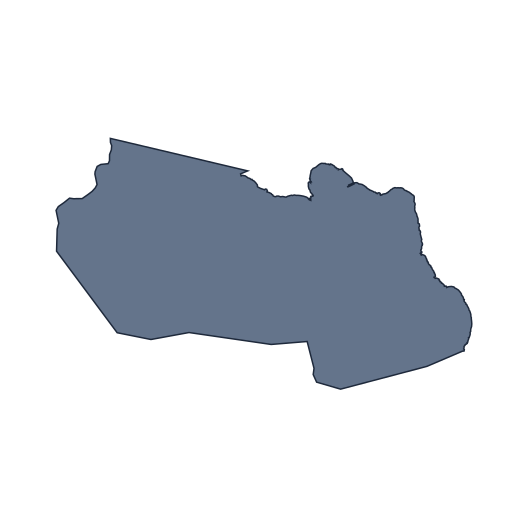 Ordome, Palau (Albers equal-area conic projection), rotated 254°
{"feature_id": "81905179B69517244030983", "entity_name": "Ordome", "entity_type": "district", "adm_level": 2, "iso_a3": "PLW", "parent_name": "Palau", "parent_adm1": "", "projection": "albers", "projection_center": [134.556, 7.371], "detail": "fine", "context": "isolated", "style": "filled", "palette": "slate", "viewbox_px": 512, "rotation_deg": 254, "n_neighbors": 0, "source": "geoboundaries", "source_scale": "gbopen_adm2", "svg_char_len": 6138}
<svg xmlns="http://www.w3.org/2000/svg" viewBox="0 0 512 512"><g transform="rotate(254 256 256)"><path d="M107.3,429.8L108.7,430.5L109.5,430.0L110.1,430.5L110.7,430.8L111.7,431.0L112.1,431.7L112.4,431.8L112.7,432.5L113.1,432.6L113.4,433.4L113.3,433.8L113.8,435.0L114.7,435.0L114.8,435.8L116.3,436.5L117.7,437.6L118.9,437.8L118.8,438.4L121.0,439.9L122.0,440.4L123.2,440.7L123.6,440.7L124.2,441.5L126.6,442.3L128.8,443.8L131.2,444.7L134.0,445.3L136.5,445.7L137.4,446.0L138.6,445.9L140.6,446.4L142.2,446.4L144.3,446.3L145.1,445.9L146.6,446.0L148.0,445.8L149.4,445.4L151.2,445.2L151.8,444.5L152.2,444.7L153.1,444.6L153.9,444.1L154.8,443.7L155.3,443.6L156.6,444.2L156.9,443.6L157.6,443.8L159.7,443.7L160.9,443.2L161.8,442.8L162.7,443.0L163.9,442.7L165.0,442.3L167.5,441.2L169.8,439.1L170.0,438.6L171.7,437.7L172.9,435.4L173.4,432.7L173.2,430.8L173.8,431.0L174.1,430.7L174.7,430.4L174.7,429.5L175.1,429.3L175.1,428.8L175.8,428.9L176.7,428.6L178.4,427.5L178.7,426.9L179.0,427.1L180.5,426.3L180.5,425.9L181.5,425.6L181.9,425.8L182.4,425.7L182.6,425.3L183.5,425.4L184.5,424.1L185.0,423.5L185.1,422.1L185.4,422.0L185.7,421.9L186.1,421.5L186.3,421.2L186.6,421.3L186.5,422.2L186.9,422.8L187.4,423.0L187.9,422.9L188.5,423.1L189.3,423.1L190.0,422.7L190.8,422.9L191.4,422.5L192.3,422.7L193.3,422.2L194.5,421.9L195.3,421.7L196.5,421.7L197.0,421.2L197.5,421.0L197.7,421.3L198.3,421.3L199.0,420.7L199.5,420.6L199.9,420.1L200.2,420.1L200.8,419.7L201.6,419.6L201.9,419.8L202.3,419.7L202.9,419.7L203.1,419.4L203.3,419.1L203.5,419.1L203.6,419.3L203.9,419.2L204.8,419.3L205.4,418.9L205.8,419.2L206.1,419.2L206.3,419.1L206.9,419.0L207.6,418.8L208.4,418.9L208.8,418.7L209.6,418.5L210.3,417.9L211.4,416.5L211.5,415.9L211.4,415.5L211.3,415.1L212.0,415.0L212.4,415.4L212.8,415.4L212.9,414.8L213.3,414.6L213.8,415.9L213.6,416.3L214.1,416.6L214.4,416.4L214.3,415.8L214.9,416.1L215.6,416.0L216.0,415.9L216.3,416.0L216.5,416.5L217.0,416.7L217.3,417.1L218.2,417.5L218.6,417.5L219.7,417.9L220.4,418.8L221.2,418.9L221.5,419.4L223.1,419.3L224.2,419.0L225.4,419.3L226.2,419.9L228.5,419.9L232.0,420.0L233.7,420.8L235.3,420.6L235.7,420.0L237.3,420.3L238.5,420.4L238.9,420.6L239.3,421.3L240.2,421.6L241.8,421.8L242.6,421.2L242.7,420.9L243.2,420.8L243.5,421.0L244.4,421.3L245.4,421.4L245.8,421.7L247.3,422.0L249.2,421.9L249.5,421.7L250.1,421.8L252.4,421.9L254.5,421.3L255.2,421.4L255.8,421.2L256.3,421.3L257.1,421.4L258.1,421.7L258.4,422.0L259.0,422.0L259.7,422.1L260.4,422.5L260.8,422.6L261.0,422.8L261.8,423.2L262.4,423.3L264.0,423.1L265.0,422.8L265.6,423.3L266.2,423.4L267.2,423.8L267.5,423.8L268.2,424.1L269.2,424.4L269.8,424.4L270.4,424.3L271.1,423.9L271.3,423.6L272.2,422.8L272.7,422.6L273.3,422.2L273.5,421.8L273.9,421.6L274.6,421.3L275.8,420.0L276.0,419.7L276.5,419.3L276.4,419.1L277.6,418.2L277.8,417.6L278.2,417.2L278.6,416.8L279.2,416.5L279.4,416.5L279.8,416.3L280.5,415.8L280.9,415.4L281.4,414.6L281.9,413.3L281.9,412.7L282.1,412.1L282.5,411.4L282.6,410.1L283.4,408.5L283.5,407.7L283.3,407.1L283.3,406.2L283.0,405.7L282.7,405.0L282.7,404.5L282.6,404.0L281.4,401.8L281.3,401.1L280.9,400.7L280.8,400.2L280.6,400.0L280.7,399.5L280.5,399.3L280.2,398.0L280.5,395.2L280.4,394.5L280.1,394.1L280.0,392.6L280.5,392.3L280.6,392.8L281.5,392.7L282.1,392.5L282.7,392.0L282.9,391.5L283.0,390.9L282.9,390.2L282.5,389.8L282.8,389.4L283.3,389.2L283.3,388.8L283.8,388.7L284.6,388.1L285.0,386.9L285.5,386.7L287.3,384.6L287.9,383.6L288.4,383.5L288.7,383.0L289.2,382.7L290.0,381.9L290.5,381.4L291.2,381.3L292.0,380.8L292.2,380.5L292.8,380.1L293.4,379.7L294.8,378.4L295.7,377.5L296.0,376.7L296.5,375.9L296.9,374.8L297.7,374.2L298.7,373.2L299.2,371.1L298.7,370.5L298.3,370.3L297.5,366.3L297.1,363.4L297.5,363.3L297.8,364.7L298.7,364.7L299.0,367.3L299.5,369.8L300.1,369.8L301.2,369.8L304.6,369.3L307.0,367.9L309.7,366.1L310.4,365.6L312.4,364.3L313.3,363.8L314.0,363.3L314.4,363.4L314.7,363.1L315.4,363.3L315.8,363.2L316.2,362.8L316.3,362.6L315.9,361.9L316.0,361.7L316.2,360.6L316.4,359.7L316.3,359.3L316.5,359.4L317.1,359.1L317.5,358.5L317.6,357.9L318.0,357.9L318.4,357.5L319.0,357.3L319.0,356.9L319.4,356.5L319.7,356.6L320.4,356.3L321.3,355.8L322.4,354.6L322.8,354.4L323.1,354.1L323.3,353.7L323.9,353.2L323.9,352.4L323.4,352.4L323.5,351.6L324.1,351.0L324.5,350.8L324.4,350.5L325.4,348.3L326.0,348.0L326.2,346.6L326.5,346.2L327.0,344.7L327.0,343.5L326.5,341.7L325.8,340.1L324.8,337.9L324.5,336.0L324.5,335.2L323.1,333.0L322.5,332.3L321.6,332.0L318.3,330.2L317.7,330.1L317.2,329.7L316.8,329.6L316.4,329.4L315.8,328.9L315.2,328.8L314.7,328.9L314.7,329.2L314.2,328.9L313.9,328.9L313.2,328.7L313.0,329.0L312.8,329.0L312.4,329.5L311.9,329.6L311.9,329.1L312.1,328.6L311.9,328.4L311.6,328.4L312.3,327.9L312.5,327.4L312.3,326.8L311.7,326.3L310.5,326.1L308.5,325.5L306.9,325.4L305.4,325.5L304.7,326.0L302.5,325.9L301.7,326.1L301.0,326.7L300.3,326.9L299.6,327.0L299.0,327.3L298.6,327.7L297.8,327.1L298.1,326.1L298.2,325.2L297.9,324.9L297.6,324.9L297.2,325.0L296.3,324.4L295.7,324.2L295.0,324.2L294.3,324.0L294.9,323.2L295.1,323.5L296.0,323.8L296.6,323.5L296.7,323.1L296.5,322.6L295.9,322.4L296.3,322.1L297.0,322.1L298.6,320.9L300.4,318.2L301.9,315.2L302.7,313.2L303.2,311.4L304.1,309.6L304.1,307.7L304.6,307.0L304.7,305.3L304.7,304.0L304.7,303.0L304.3,301.2L304.7,300.2L305.8,298.2L306.2,295.8L307.4,294.2L307.9,292.5L307.6,291.4L308.0,290.3L308.9,289.1L310.2,288.9L310.9,288.1L311.7,287.9L313.3,286.2L314.6,284.2L315.5,284.9L317.2,284.6L317.8,283.4L317.3,282.5L319.8,278.9L321.4,277.2L322.2,276.5L323.9,276.9L326.8,275.8L328.9,274.6L329.7,273.6L330.8,273.2L330.8,272.4L332.2,271.5L333.4,269.7L334.5,269.0L336.2,267.5L336.6,266.3L337.2,265.6L337.1,263.8L339.2,263.8L339.4,265.5L339.9,269.5L340.1,271.5L409.2,148.4L405.3,147.4L401.9,147.7L397.9,146.2L393.9,143.2L387.9,141.4L385.5,139.3L386.8,132.1L385.9,128.0L381.4,124.6L379.1,123.7L368.5,122.9L365.8,120.3L363.3,116.3L361.4,111.4L359.1,104.7L360.7,99.0L361.2,96.8L363.0,92.7L360.2,86.0L358.0,79.6L355.0,76.4L341.8,75.4L336.7,72.3L315.6,65.6L220.5,101.4L204.7,132.0L200.9,170.5L166.8,246.2L159.7,281.6L132.0,280.8L126.3,278.3L118.0,279.5L104.7,300.6L102.8,389.9L107.6,428.1L107.3,429.8Z" fill="#64748b" stroke="#1e293b" stroke-width="1.5"/></g></svg>